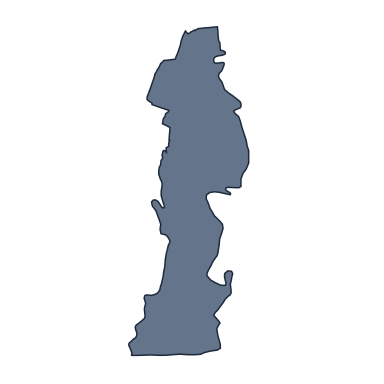 Moskva, Chuy, Kyrgyzstan (Robinson projection), rotated 3°
{"feature_id": "92254566B97912896039768", "entity_name": "Moskva", "entity_type": "district", "adm_level": 2, "iso_a3": "KGZ", "parent_name": "Kyrgyzstan", "parent_adm1": "Chuy", "projection": "robinson", "projection_center": [74.071, 42.777], "detail": "fine", "context": "isolated", "style": "filled", "palette": "slate", "viewbox_px": 384, "rotation_deg": 3, "n_neighbors": 0, "source": "geoboundaries", "source_scale": "gbopen_adm2", "svg_char_len": 3647}
<svg xmlns="http://www.w3.org/2000/svg" viewBox="0 0 384 384"><g transform="rotate(3 192 192)"><path d="M226.0,320.1L220.1,313.9L221.8,310.7L223.8,308.7L225.3,306.2L227.0,303.7L228.9,300.8L230.9,297.2L233.4,294.3L235.2,293.1L236.4,290.7L236.0,287.0L235.1,282.3L235.9,277.6L236.2,274.9L236.9,271.4L235.6,269.1L231.8,268.9L228.9,271.7L228.9,275.1L230.8,281.7L230.1,283.5L225.5,283.6L219.0,280.9L214.9,278.7L211.2,274.6L211.3,272.4L212.5,269.1L214.7,264.8L216.3,260.8L219.1,256.1L220.4,254.4L221.0,251.7L221.9,243.4L222.1,237.4L223.9,231.1L224.9,226.8L224.1,222.7L221.5,219.8L215.8,214.8L213.5,211.2L211.0,207.6L208.8,202.4L206.5,197.9L206.6,194.2L209.9,191.5L214.8,190.6L219.4,190.9L224.7,191.8L230.3,192.7L230.6,191.4L229.6,190.5L226.5,188.9L225.4,187.7L225.7,186.2L227.3,185.5L230.6,185.4L234.2,185.4L238.5,185.3L240.6,183.9L240.2,176.4L242.0,170.7L244.9,166.3L247.1,160.0L246.4,147.5L244.8,143.6L243.4,137.6L238.3,124.3L236.6,118.8L234.6,114.2L230.5,111.0L229.4,109.1L230.8,107.8L234.0,106.3L236.0,105.2L236.5,103.1L236.1,100.8L234.9,98.9L226.9,93.3L223.6,91.4L219.1,87.9L216.2,80.7L213.6,77.6L212.8,76.3L212.3,74.0L213.2,71.8L215.1,69.7L216.2,67.3L216.4,66.1L217.1,64.4L217.5,62.3L216.9,61.2L215.2,61.1L211.3,61.9L208.4,62.1L207.0,60.8L206.7,59.0L207.0,57.4L207.8,56.2L209.2,55.3L211.8,54.5L215.0,53.9L217.8,52.6L218.0,51.4L217.5,50.1L215.3,49.3L213.1,49.0L212.6,46.4L212.0,41.6L210.7,39.4L209.8,34.1L209.4,29.9L208.7,25.7L206.6,26.0L205.9,26.1L201.6,26.7L201.3,26.8L198.7,27.2L197.0,27.3L195.7,27.5L194.2,27.8L190.8,28.4L190.3,28.3L189.9,28.4L186.6,30.3L186.6,30.5L186.3,30.5L185.8,30.2L185.5,30.4L183.3,32.0L183.0,32.0L182.4,32.2L181.4,33.3L180.7,33.8L179.8,34.3L179.7,34.2L177.8,32.4L177.0,31.6L175.6,34.7L174.7,36.8L173.2,42.2L172.6,46.3L171.0,52.0L170.2,54.6L169.0,57.8L168.4,60.2L159.6,61.8L157.2,62.0L155.1,64.4L154.0,65.3L153.1,67.8L152.1,69.9L151.0,71.6L149.8,74.7L149.0,75.4L148.7,76.9L148.2,79.6L146.8,84.4L145.9,87.6L145.0,90.8L144.3,92.8L143.5,95.6L142.3,99.1L142.2,101.6L142.9,102.6L147.5,105.5L147.5,106.8L153.3,108.5L160.2,110.5L164.6,111.7L164.4,112.9L161.6,115.2L161.0,118.1L159.9,119.6L159.5,120.6L158.9,125.4L162.5,126.8L166.3,128.6L166.7,129.0L166.6,131.3L166.5,134.8L166.4,137.1L166.4,140.2L166.2,141.3L167.1,141.7L166.2,144.0L166.2,147.6L163.8,149.4L164.4,153.6L163.2,152.5L162.5,152.1L161.2,152.2L160.6,154.2L160.2,157.2L160.9,159.2L160.8,160.0L159.4,162.2L159.4,164.3L159.2,166.5L158.0,169.1L157.7,173.1L157.8,175.8L159.0,178.9L159.6,180.5L160.8,182.5L161.8,185.2L161.7,188.3L161.2,192.8L161.4,197.0L161.9,198.7L163.0,201.9L163.7,203.9L164.6,206.0L165.2,208.2L164.7,209.4L162.8,209.0L160.2,205.4L158.6,203.2L155.9,201.8L153.7,202.1L152.2,203.9L152.6,206.3L153.4,208.5L155.4,210.6L157.0,212.8L158.8,217.0L160.3,220.4L162.6,226.1L162.3,227.6L162.1,231.1L163.2,235.2L168.1,236.3L169.8,237.7L171.6,240.3L172.6,242.2L172.1,244.3L171.0,247.0L170.3,251.3L169.7,253.9L168.9,260.3L168.7,268.1L167.8,274.1L167.6,277.8L166.4,284.7L165.4,288.4L165.0,291.5L162.7,294.9L160.2,296.3L156.7,297.4L153.2,297.1L151.3,297.4L150.2,298.1L149.8,300.8L151.0,303.9L151.6,305.9L150.7,309.5L150.6,311.9L151.1,314.9L151.7,318.5L151.0,320.9L148.2,323.6L145.2,326.3L143.3,327.7L142.3,330.1L143.3,333.3L144.4,335.9L144.4,337.8L143.3,340.6L141.1,342.0L139.2,344.2L137.0,346.4L136.9,348.4L139.1,352.8L140.3,355.5L140.2,358.2L141.3,358.3L149.1,357.8L158.8,356.9L168.0,356.8L174.7,356.4L181.7,355.4L188.4,354.6L196.5,354.7L203.8,354.3L209.1,353.6L212.5,351.8L217.7,350.2L221.6,349.3L225.5,348.6L228.5,346.5L228.3,343.1L226.6,337.6L225.4,334.4L223.9,327.4L225.5,323.3L226.8,321.7L226.0,320.1Z" fill="#64748b" stroke="#1e293b" stroke-width="1.5"/></g></svg>